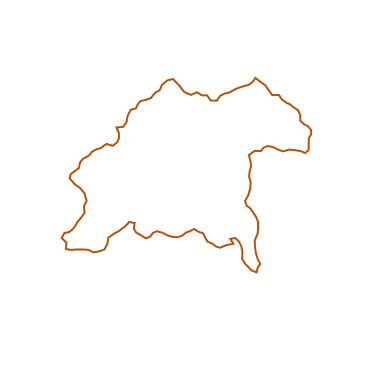 Desterro do Melo, Minas Gerais, Brazil (Albers equal-area conic projection), rotated 141°
{"feature_id": "56859067B10239152985406", "entity_name": "Desterro do Melo", "entity_type": "district", "adm_level": 2, "iso_a3": "BRA", "parent_name": "Brazil", "parent_adm1": "Minas Gerais", "projection": "albers", "projection_center": [-43.519, -21.135], "detail": "fine", "context": "isolated", "style": "outline", "palette": "amber", "viewbox_px": 384, "rotation_deg": 141, "n_neighbors": 0, "source": "geoboundaries", "source_scale": "gbopen_adm2", "svg_char_len": 2095}
<svg xmlns="http://www.w3.org/2000/svg" viewBox="0 0 384 384"><g transform="rotate(141 192 192)"><path d="M59.7,183.3L58.1,188.7L59.7,193.7L60.8,198.5L62.7,202.7L63.9,207.1L63.4,212.6L68.7,217.0L68.3,223.3L67.9,228.6L69.3,233.7L71.0,240.8L75.1,239.4L80.6,239.6L85.7,241.9L90.1,243.6L94.0,244.8L99.9,245.7L104.9,248.1L109.8,249.0L115.3,247.3L119.9,251.4L119.5,257.7L123.4,260.8L125.4,266.4L131.7,268.1L135.1,274.5L134.9,282.4L135.7,291.8L140.7,294.2L148.0,294.2L152.9,291.4L158.6,292.3L164.7,290.9L169.8,292.6L174.8,295.1L179.0,294.2L182.9,292.3L187.8,294.5L194.1,291.7L199.0,287.4L204.6,286.0L210.1,289.7L211.6,284.1L214.7,279.9L218.7,277.8L224.4,277.7L228.3,283.2L235.4,283.6L240.0,285.5L244.4,286.2L249.3,285.2L255.8,286.5L260.2,285.5L264.9,281.8L270.1,282.0L275.1,282.2L278.5,279.5L278.2,271.6L276.5,265.5L276.4,258.7L279.5,251.4L285.1,248.8L288.3,243.6L294.7,241.7L300.0,240.8L304.0,239.1L308.3,238.2L312.5,238.2L317.1,240.4L322.2,238.2L321.5,231.6L325.9,227.1L322.4,223.0L318.0,220.1L313.4,216.4L309.0,212.3L306.6,207.2L301.9,204.5L296.2,202.4L290.1,205.2L285.7,209.2L278.9,208.7L273.4,207.6L268.4,207.6L264.0,207.5L259.8,208.3L256.1,204.0L260.3,200.1L260.9,195.6L258.9,190.6L257.2,185.2L252.6,183.6L248.2,184.8L244.0,183.6L240.5,178.8L238.7,174.4L236.1,170.2L231.9,166.1L227.1,164.2L222.0,164.2L218.1,162.8L213.6,161.9L212.2,157.4L209.3,152.9L210.6,148.0L211.1,143.6L208.8,139.3L207.7,134.6L205.3,131.1L198.6,129.1L192.4,125.7L191.7,131.5L187.3,128.9L186.7,123.9L187.9,118.6L190.9,113.1L195.0,108.6L195.9,103.0L195.4,98.6L195.2,93.8L192.4,88.9L188.5,91.9L184.3,93.1L183.3,98.0L180.8,104.4L177.4,109.9L173.9,114.7L166.6,118.8L162.5,123.3L159.2,127.8L157.9,132.3L157.6,136.9L157.0,142.4L158.1,147.0L156.4,151.7L150.6,153.9L144.3,158.3L140.1,163.0L137.9,168.0L134.6,171.4L129.7,175.0L126.9,179.8L124.5,184.9L117.4,184.5L112.8,180.5L108.3,181.4L104.2,180.1L100.6,175.6L98.3,170.5L95.7,166.3L89.8,163.8L86.0,160.0L81.9,155.5L79.5,151.0L74.9,151.3L71.1,155.8L67.4,160.3L63.2,161.8L60.4,165.1L60.6,170.4L62.3,174.3L63.0,179.3L59.7,183.3Z" fill="none" stroke="#b45309" stroke-width="2"/></g></svg>